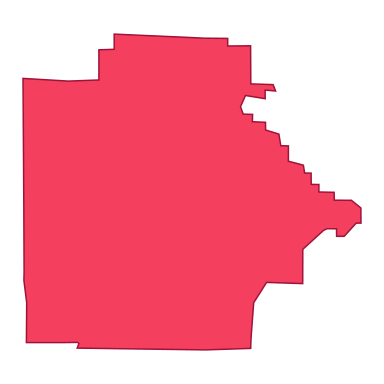 outline of Tuscaloosa, Alabama, United States of America
{"feature_id": "52423323B92011906728955", "entity_name": "Tuscaloosa", "entity_type": "district", "adm_level": 2, "iso_a3": "USA", "parent_name": "United States of America", "parent_adm1": "Alabama", "projection": "robinson", "projection_center": [-87.372, 33.307], "detail": "fine", "context": "isolated", "style": "filled", "palette": "rose", "viewbox_px": 384, "rotation_deg": 0, "n_neighbors": 0, "source": "geoboundaries", "source_scale": "gbopen_adm2", "svg_char_len": 855}
<svg xmlns="http://www.w3.org/2000/svg" viewBox="0 0 384 384"><path d="M23.0,78.4L23.8,203.6L24.1,271.6L23.9,280.4L26.7,302.8L26.4,342.6L61.2,342.6L77.7,342.4L78.9,343.5L77.2,348.1L205.5,349.9L250.7,348.4L251.0,338.8L253.7,302.7L266.6,282.4L302.7,283.6L302.8,249.3L323.3,230.6L327.0,228.7L336.5,228.8L336.6,236.3L344.2,236.3L356.2,223.1L361.0,223.1L360.9,212.3L360.9,208.0L351.4,200.3L334.3,200.2L334.1,192.3L318.9,192.0L318.9,184.5L311.2,184.4L311.2,180.9L311.1,173.1L304.6,173.0L303.4,165.2L288.4,161.2L288.4,145.9L280.8,145.7L278.9,134.1L265.6,130.0L265.5,122.3L252.4,121.7L252.6,114.4L243.2,114.1L240.5,106.7L245.5,95.5L265.2,98.7L265.1,90.1L275.6,91.0L273.1,84.6L250.8,83.9L250.6,45.8L227.7,46.0L227.7,38.4L204.8,38.2L114.2,34.1L114.2,49.3L98.9,49.8L98.9,80.0L89.8,80.3L68.4,81.1L23.0,78.4Z" fill="#f43f5e" stroke="#9f1239" stroke-width="1.5"/></svg>